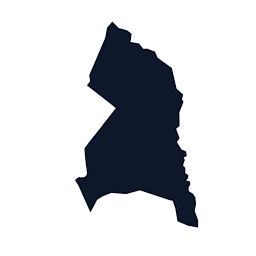 the district of Prince George's, Maryland, United States of America, rotated 353°
{"feature_id": "52423323B69501139245181", "entity_name": "Prince George's", "entity_type": "district", "adm_level": 2, "iso_a3": "USA", "parent_name": "United States of America", "parent_adm1": "Maryland", "projection": "orthographic", "projection_center": [-76.846, 38.833], "detail": "fine", "context": "isolated", "style": "filled", "palette": "ink", "viewbox_px": 256, "rotation_deg": 353, "n_neighbors": 0, "source": "geoboundaries", "source_scale": "gbopen_adm2", "svg_char_len": 1470}
<svg xmlns="http://www.w3.org/2000/svg" viewBox="0 0 256 256"><g transform="rotate(353 128 128)"><path d="M184.8,234.4L185.6,228.3L183.3,218.4L185.5,211.7L185.6,205.2L183.9,201.7L179.8,198.4L180.2,194.1L182.2,191.2L182.3,189.2L177.5,187.0L180.5,185.1L181.4,182.4L178.5,180.1L179.2,174.8L177.2,171.8L177.5,171.1L178.0,170.1L179.6,166.8L179.5,166.0L179.0,164.4L179.0,163.8L179.2,163.2L179.5,162.9L181.4,162.9L182.0,162.5L182.2,162.0L182.0,160.0L182.0,158.9L181.6,158.4L178.0,156.6L173.8,147.7L177.1,144.3L174.8,134.3L178.7,131.8L180.1,118.6L185.4,109.0L184.3,105.9L186.0,101.7L180.3,95.3L178.1,74.2L165.3,62.3L163.4,56.0L156.4,52.3L152.4,52.1L148.7,46.1L141.1,43.8L139.4,42.8L140.7,41.3L142.2,35.2L138.6,31.6L130.4,28.2L125.3,21.6L120.1,26.3L117.2,35.8L107.7,52.2L102.1,61.8L101.3,63.2L96.7,71.1L96.9,77.1L93.5,80.8L96.5,83.7L110.4,97.6L112.3,99.4L114.4,101.6L119.4,106.8L119.0,107.2L116.7,109.5L116.4,109.8L108.2,118.0L107.1,119.0L105.8,120.3L104.8,121.4L99.9,126.4L96.2,129.9L94.2,132.1L93.8,132.2L87.3,138.8L83.3,142.9L83.1,143.1L83.0,143.5L82.9,145.2L82.7,149.5L82.6,151.2L82.5,159.0L82.4,160.8L82.7,162.1L82.6,166.9L82.3,169.0L81.4,170.5L79.3,172.1L75.9,172.2L74.0,171.9L73.8,171.5L73.5,171.6L71.9,172.2L70.0,173.4L72.6,179.2L80.7,205.6L88.2,194.8L94.5,191.9L103.6,189.6L118.2,192.6L132.3,190.5L161.7,204.4L164.1,204.9L165.9,213.5L166.5,226.2L176.5,231.9L177.3,230.9L177.6,232.0L177.8,232.1L184.8,234.4Z" fill="#0f172a" stroke="#020617" stroke-width="1.5"/></g></svg>